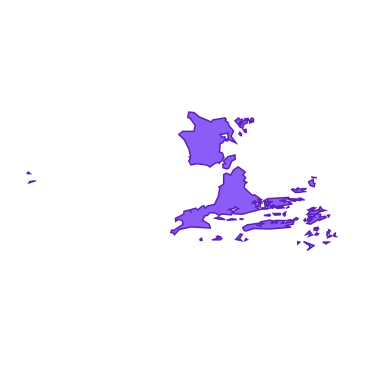 Lingga, Kepulauan Riau, Indonesia (orthographic projection), rotated 129°
{"feature_id": "22746128B41866695352092", "entity_name": "Lingga", "entity_type": "district", "adm_level": 2, "iso_a3": "IDN", "parent_name": "Indonesia", "parent_adm1": "Kepulauan Riau", "projection": "orthographic", "projection_center": [104.45, -0.394], "detail": "fine", "context": "isolated", "style": "filled", "palette": "violet", "viewbox_px": 384, "rotation_deg": 129, "n_neighbors": 0, "source": "geoboundaries", "source_scale": "gbopen_adm2", "svg_char_len": 6097}
<svg xmlns="http://www.w3.org/2000/svg" viewBox="0 0 384 384"><g transform="rotate(129 192 192)"><path d="M177.7,139.0L162.9,128.2L163.8,132.6L160.8,135.0L161.8,136.7L162.6,137.3L162.8,137.7L160.3,136.8L160.7,138.3L159.1,137.0L160.8,135.6L154.6,133.6L155.7,134.9L156.0,135.8L154.3,135.3L154.8,141.7L156.4,142.3L156.6,144.3L155.8,154.2L152.6,156.0L150.0,155.4L150.9,158.9L147.0,159.4L146.7,163.0L143.0,163.2L143.4,171.9L148.6,173.6L154.6,172.7L155.6,176.9L158.5,178.3L166.2,172.3L171.1,174.3L171.7,172.7L179.1,168.7L187.5,166.7L193.3,171.2L196.2,171.4L195.2,173.9L196.9,175.3L202.3,176.1L202.2,178.9L207.1,182.2L208.0,180.9L207.9,182.9L212.0,186.0L214.6,184.5L223.0,188.3L225.0,186.3L221.8,185.1L220.3,181.8L222.9,178.6L233.7,182.2L234.2,183.7L236.8,183.0L235.6,180.7L236.3,178.8L229.1,178.2L219.7,170.7L208.5,155.1L206.2,158.5L207.4,166.1L202.4,167.0L200.4,165.2L196.9,165.2L193.6,160.6L193.2,156.2L190.3,154.9L185.0,147.0L181.3,148.3L182.4,152.3L177.9,148.8L176.8,149.5L175.8,145.7L179.8,147.5L182.6,146.4L182.2,145.1L177.7,139.0ZM152.5,188.8L145.2,188.7L142.6,192.7L143.5,195.9L136.5,200.6L134.5,199.2L131.7,199.5L129.9,196.5L128.8,197.7L129.9,200.3L128.4,201.1L130.6,203.5L129.7,206.2L123.9,201.4L128.3,196.7L126.2,188.7L124.1,196.7L118.5,198.0L117.1,205.4L115.3,207.9L115.6,210.9L114.0,211.2L114.4,212.9L113.1,212.5L122.8,221.1L125.4,221.1L129.1,233.7L129.0,240.4L131.9,244.8L136.8,242.2L135.8,240.4L138.1,231.6L143.6,228.6L150.7,237.4L155.6,238.4L156.3,230.6L160.6,221.4L165.5,215.2L166.5,216.0L167.0,214.3L169.8,214.2L171.6,209.8L166.8,205.8L161.6,197.2L161.3,193.8L155.3,192.2L152.6,190.6L152.5,188.8ZM172.0,108.5L157.0,92.8L159.8,98.3L153.3,93.1L150.9,94.3L159.7,102.4L155.9,102.0L160.8,108.4L161.9,109.3L161.1,107.5L163.0,108.0L162.3,105.7L164.2,109.3L166.3,109.9L166.2,111.0L162.4,109.3L165.0,113.9L171.8,119.8L174.2,120.0L172.0,117.4L171.7,116.6L174.7,118.9L175.5,117.1L176.9,120.4L174.7,120.9L182.9,128.5L187.8,130.2L189.2,127.0L188.2,125.4L181.6,121.1L172.0,108.5ZM150.6,117.5L138.6,106.9L138.0,108.6L139.2,109.8L138.1,109.9L139.9,113.2L142.5,114.1L140.6,114.2L143.8,118.6L139.4,114.6L137.4,114.9L134.9,113.0L149.5,128.9L154.1,130.8L152.3,126.8L150.9,127.6L151.2,126.2L148.5,123.1L152.7,125.9L153.7,121.5L150.9,120.7L150.6,117.5ZM127.4,71.7L126.9,73.1L131.1,76.8L128.4,77.8L131.1,81.9L133.7,82.5L134.6,81.2L135.7,84.7L136.9,82.6L137.4,86.1L138.3,84.5L138.6,85.6L141.9,84.4L140.3,82.7L139.9,83.0L138.0,82.0L138.1,81.6L144.1,83.0L142.5,79.7L133.5,76.3L132.7,75.6L133.8,75.1L127.4,71.7ZM150.2,178.5L143.1,180.5L139.3,179.0L136.2,181.9L141.8,186.2L148.4,187.0L148.8,184.1L151.2,185.5L153.6,183.2L152.1,179.4L150.2,178.5ZM133.4,83.2L126.3,79.7L126.8,83.2L131.2,86.0L131.1,87.6L136.3,88.4L134.5,86.8L136.3,87.7L136.9,87.2L133.6,85.2L133.4,83.2ZM127.3,111.4L125.2,108.9L120.6,104.5L122.1,112.3L123.5,112.7L124.4,111.4L126.2,115.8L127.5,116.0L127.3,111.4ZM104.1,192.6L101.2,193.9L103.5,196.7L111.4,196.4L110.7,192.8L106.4,194.3L104.1,192.6ZM111.0,100.4L108.1,101.8L108.7,103.0L106.0,105.9L110.7,107.8L112.6,104.3L111.0,100.4ZM108.1,197.4L104.0,198.6L105.5,200.1L105.2,202.5L109.7,203.4L110.6,197.5L107.3,198.8L108.1,197.4ZM165.1,65.8L156.9,63.5L160.3,74.2L159.7,67.0L161.2,65.4L165.1,65.8ZM134.1,107.4L130.2,102.3L129.7,103.7L137.7,114.6L135.4,107.6L134.4,106.3L134.1,107.4ZM201.3,128.1L198.6,122.8L198.3,125.7L193.3,126.2L194.1,127.9L201.3,128.1ZM211.4,139.9L209.4,139.6L210.1,141.9L216.6,146.3L211.4,139.9ZM102.1,190.6L98.6,188.5L96.5,190.3L96.8,192.1L100.0,192.2L99.2,190.3L101.4,191.5L102.1,190.6ZM126.0,79.5L122.5,76.8L123.6,79.4L122.8,83.0L125.6,82.4L126.0,79.5ZM197.8,157.6L196.0,153.6L192.5,148.8L194.8,155.9L197.8,157.6ZM151.4,117.5L151.3,115.6L146.4,110.6L146.1,112.5L151.4,117.5ZM157.8,112.9L154.1,109.1L153.1,109.9L157.6,115.3L157.8,112.9ZM160.5,129.2L158.5,131.6L157.1,131.0L158.4,133.3L162.3,132.1L160.5,129.2ZM192.2,147.3L185.3,139.9L187.8,144.4L192.2,147.3ZM153.4,76.6L149.0,73.6L148.3,76.2L153.4,76.6ZM157.6,125.6L154.4,126.0L153.5,128.0L154.6,129.0L157.6,125.6ZM111.4,187.3L109.3,189.4L111.3,191.4L112.2,188.5L111.4,187.3ZM287.5,324.4L281.6,320.6L286.1,324.7L287.5,324.4ZM145.9,92.7L146.3,94.9L150.7,96.0L147.5,92.9L145.9,92.7ZM143.6,70.4L140.7,70.6L140.2,72.0L144.2,72.3L143.6,70.4ZM165.0,121.4L161.8,116.5L160.7,116.5L160.5,117.5L165.0,121.4ZM117.3,189.2L115.9,189.9L115.4,192.4L117.5,191.9L117.3,189.2ZM142.9,58.1L138.1,55.8L138.8,57.6L142.9,58.1ZM144.8,67.4L145.4,69.4L147.8,69.5L147.0,67.7L144.8,67.4ZM159.5,124.6L158.4,125.1L159.7,127.0L162.1,127.9L159.5,124.6ZM155.6,101.0L151.0,96.6L152.0,98.6L155.6,101.0ZM155.0,121.3L153.7,118.9L151.8,118.5L152.0,119.5L155.0,121.3ZM100.4,193.6L99.5,194.6L101.8,196.9L102.2,195.3L100.4,195.0L100.4,193.6ZM137.9,61.9L141.5,59.3L136.9,60.6L137.9,61.9ZM120.5,109.2L118.5,105.5L117.8,105.6L120.5,109.2ZM130.0,86.6L127.1,86.1L129.3,88.0L130.0,86.6ZM211.2,144.8L211.3,143.0L209.1,141.8L209.9,144.2L211.2,144.8ZM147.8,55.0L144.7,54.0L148.7,58.9L147.8,55.0ZM137.2,59.7L134.9,60.3L135.3,62.0L137.2,59.7ZM156.6,123.4L159.0,123.7L156.3,121.9L156.6,123.4ZM152.8,73.3L148.9,71.0L151.1,73.3L152.8,73.3ZM156.2,125.0L154.0,122.9L153.9,124.4L156.2,125.0ZM165.8,77.1L163.2,76.6L164.1,78.6L165.8,77.1ZM196.4,120.3L194.1,119.0L194.2,120.8L196.4,120.3ZM129.1,88.2L126.6,87.1L130.1,89.5L130.0,88.1L129.1,88.2ZM142.5,107.7L145.4,108.7L142.8,107.1L142.5,107.7ZM136.0,52.0L135.9,53.6L133.9,54.7L135.7,55.1L137.0,53.6L136.0,52.0ZM223.1,153.8L222.0,155.5L223.7,156.1L224.4,155.0L223.1,153.8ZM125.5,70.3L124.5,70.1L123.3,70.6L124.8,72.1L125.5,70.3ZM143.7,85.8L142.3,85.9L141.5,87.1L143.5,87.2L143.7,85.8ZM127.5,99.3L128.3,103.3L129.1,104.4L129.1,103.0L127.5,99.3ZM144.5,73.3L141.5,73.1L143.0,74.4L144.5,73.3ZM105.1,107.8L102.3,103.9L104.9,108.1L105.1,107.8ZM279.6,329.4L279.6,331.8L280.9,332.0L281.3,331.4L279.6,329.4ZM152.5,105.0L151.2,105.0L150.6,105.8L152.1,106.9L152.5,105.0ZM150.9,107.3L150.3,105.9L148.8,106.6L150.9,107.3ZM132.9,89.3L130.5,88.5L133.0,90.6L132.9,89.3ZM183.3,137.9L181.3,135.3L180.9,135.4L182.2,137.4L183.3,137.9ZM156.0,131.9L155.3,133.1L156.2,133.9L156.9,133.2L156.0,131.9Z" fill="#8b5cf6" stroke="#5b21b6" stroke-width="1.5"/></g></svg>